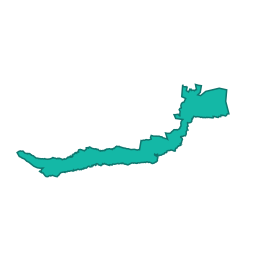 Gatanga, Central, Kenya (Robinson projection), rotated 314°
{"feature_id": "3690345B38957853356973", "entity_name": "Gatanga", "entity_type": "district", "adm_level": 2, "iso_a3": "KEN", "parent_name": "Kenya", "parent_adm1": "Central", "projection": "robinson", "projection_center": [37.015, -0.887], "detail": "fine", "context": "isolated", "style": "filled", "palette": "teal", "viewbox_px": 256, "rotation_deg": 314, "n_neighbors": 0, "source": "geoboundaries", "source_scale": "gbopen_adm2", "svg_char_len": 5867}
<svg xmlns="http://www.w3.org/2000/svg" viewBox="0 0 256 256"><g transform="rotate(314 128 128)"><path d="M73.9,107.4L73.5,107.4L73.4,107.6L73.2,107.6L72.9,107.1L72.0,107.4L70.8,106.7L70.2,107.0L69.7,106.8L69.4,107.4L69.5,107.7L69.2,107.9L68.4,107.9L67.8,107.5L67.9,107.2L67.4,107.2L67.2,107.0L67.6,106.5L67.4,106.4L67.5,106.1L66.9,106.3L66.3,105.7L65.7,105.9L65.3,105.1L65.0,105.0L64.6,105.3L64.2,105.0L62.7,104.9L61.6,104.3L61.6,103.6L59.9,103.0L59.5,102.6L59.7,102.3L58.6,99.7L58.1,99.2L57.8,99.4L57.3,98.4L56.6,98.3L56.2,97.9L55.9,96.8L55.5,96.5L54.8,94.9L54.5,94.9L54.2,94.2L53.3,94.3L50.5,92.7L50.2,92.1L49.4,91.7L48.7,90.5L48.2,90.1L48.2,89.4L47.0,88.7L46.4,87.7L45.4,86.9L44.8,85.8L43.9,85.0L43.8,84.3L42.6,82.9L42.4,82.4L42.5,81.7L42.2,80.8L42.3,79.4L41.4,77.6L41.6,77.2L41.3,76.5L41.4,75.8L41.2,74.9L40.8,74.7L40.4,74.0L39.7,73.7L39.8,73.3L39.2,72.8L38.3,71.2L38.3,69.8L38.5,69.2L38.4,68.4L37.5,67.8L36.7,66.5L35.5,65.8L33.3,65.3L32.0,69.6L32.6,71.2L32.8,72.6L33.8,75.1L33.8,78.3L34.5,80.3L35.1,86.8L36.4,90.4L38.1,92.8L40.1,94.7L37.8,94.7L37.2,95.0L36.6,95.8L35.7,94.5L35.4,94.5L35.8,96.9L36.6,98.1L36.1,101.6L36.2,102.8L36.4,103.1L37.4,104.2L38.9,104.5L39.8,105.0L39.8,105.7L41.5,106.5L42.7,109.2L43.8,110.9L44.9,110.7L45.6,111.0L47.4,110.7L49.2,110.7L51.4,112.1L52.3,113.5L52.7,113.1L54.2,114.6L55.1,114.7L56.2,115.9L57.9,116.8L58.7,118.2L59.0,118.3L59.8,117.9L59.6,118.8L60.8,119.0L61.3,119.5L61.4,120.0L62.1,119.8L63.2,120.7L63.7,120.6L64.4,122.2L65.6,122.8L65.7,123.4L66.9,123.5L67.1,124.0L67.9,124.6L68.2,124.6L68.5,124.2L70.4,126.0L72.3,125.9L73.2,126.3L73.6,127.0L73.4,127.3L73.5,127.5L74.3,128.4L74.8,128.4L75.2,128.8L75.5,128.2L76.1,128.1L76.6,129.1L77.0,129.2L77.3,128.8L78.0,129.1L78.7,129.7L78.7,130.7L79.3,130.7L80.2,130.0L80.7,130.3L81.2,131.3L80.9,132.2L81.3,132.7L81.4,133.2L81.9,133.7L82.1,134.7L83.5,134.8L84.3,135.2L84.7,134.7L84.9,135.3L86.0,135.6L86.2,135.8L86.0,136.4L86.1,136.7L86.9,137.4L87.0,138.4L87.5,139.0L87.6,139.7L88.3,140.1L88.4,140.7L89.0,140.4L89.9,141.5L90.0,141.9L90.3,142.3L91.5,142.1L92.7,143.6L95.6,145.4L95.8,146.3L97.8,147.5L98.1,148.4L98.7,148.2L98.9,148.4L99.5,149.4L99.4,150.2L100.0,151.1L100.6,151.7L100.6,152.1L101.4,153.6L105.7,155.1L106.5,156.4L107.1,156.6L108.5,158.7L109.1,159.2L109.8,159.2L110.9,160.6L112.3,161.4L114.0,163.1L114.8,163.6L115.5,164.7L116.4,164.8L116.9,165.3L117.2,165.6L117.4,166.6L118.2,167.0L119.1,169.1L119.1,169.7L119.6,170.4L121.3,171.3L122.6,171.4L122.9,171.8L124.8,171.9L125.6,171.2L125.8,170.7L126.8,170.4L127.6,169.8L127.5,169.2L127.8,168.8L127.1,166.4L127.3,165.6L127.8,165.4L127.8,166.2L128.7,167.3L129.3,167.2L129.7,167.5L129.1,168.3L129.2,169.4L129.3,169.5L130.2,169.5L131.6,170.8L132.8,171.0L134.6,172.0L135.7,171.6L137.1,172.8L137.3,172.8L138.0,172.0L139.6,172.5L140.8,173.7L142.1,174.2L143.2,176.3L143.4,177.1L144.1,177.9L144.5,177.9L144.9,177.1L146.0,176.8L146.5,176.4L147.6,177.1L149.4,176.6L149.8,176.9L150.4,176.8L151.4,177.6L152.4,177.9L152.9,176.7L153.6,177.3L153.7,176.8L154.0,176.6L155.1,176.4L156.0,175.7L157.6,175.1L158.0,174.3L158.1,173.4L158.4,172.9L157.9,172.7L157.9,172.4L158.4,171.9L159.3,172.4L160.1,173.3L161.2,173.5L162.3,174.7L162.6,174.6L164.2,174.0L165.7,172.4L166.4,172.3L167.3,171.9L167.8,172.0L168.2,172.4L168.9,170.6L170.0,169.8L170.8,169.7L171.2,169.9L171.7,168.7L172.6,167.9L172.9,167.2L173.2,167.1L173.5,167.8L175.1,169.0L175.9,169.3L176.9,169.3L178.0,168.4L178.6,168.2L178.8,167.8L179.3,168.0L179.6,167.6L180.0,167.8L182.0,167.2L183.0,168.8L183.0,169.1L184.3,169.9L185.7,171.7L186.1,172.9L187.1,173.5L187.5,174.8L188.5,175.3L188.7,175.9L189.6,176.9L190.2,177.0L190.7,177.9L191.1,178.0L194.3,182.1L194.6,182.2L195.5,181.3L195.7,181.9L196.4,182.2L196.6,183.0L197.4,183.7L197.4,184.4L198.3,185.6L198.7,185.6L199.4,185.3L200.6,186.8L201.9,186.0L202.5,187.2L203.0,187.3L204.5,189.9L205.6,190.0L207.1,189.6L208.3,190.7L215.0,179.8L224.0,172.5L220.0,166.0L208.3,158.5L201.8,157.8L200.3,155.1L203.8,155.2L209.4,151.4L207.7,149.1L206.2,146.3L203.2,150.6L202.5,150.1L201.8,150.1L201.4,149.7L201.0,149.9L200.6,148.8L199.6,147.7L199.0,147.5L199.0,147.0L199.3,147.0L199.7,146.4L199.2,146.1L199.0,145.5L196.0,146.5L195.4,144.0L198.4,142.2L198.0,141.7L198.1,141.0L197.7,140.9L196.5,139.5L196.5,139.0L196.2,138.6L196.8,137.8L196.6,137.7L187.9,144.9L189.3,149.0L185.5,150.3L184.2,149.5L182.8,149.5L181.1,150.3L180.4,151.0L179.7,152.2L179.4,152.4L178.2,151.8L176.7,152.1L176.1,154.1L174.2,155.4L172.8,156.9L172.6,156.7L172.5,156.0L172.8,155.5L172.8,154.6L170.7,153.0L169.6,151.9L168.0,155.7L172.2,161.5L169.8,161.7L168.1,162.7L166.9,164.1L165.8,164.9L164.6,164.9L164.0,165.4L163.4,165.6L160.8,164.8L160.5,164.0L160.0,163.7L159.2,162.7L158.5,162.2L157.5,162.3L155.4,162.0L154.6,162.2L153.4,161.9L151.5,160.1L150.5,158.5L147.4,164.1L147.2,163.0L146.2,162.0L145.9,161.0L145.2,160.0L145.2,158.6L144.2,157.3L143.8,156.2L139.8,151.9L138.8,149.9L136.8,150.8L136.5,151.9L136.1,152.4L135.9,152.3L133.6,151.0L132.2,149.1L130.6,148.4L129.8,147.4L128.6,146.9L128.1,146.1L120.4,151.4L119.6,150.4L118.7,150.2L117.1,147.4L114.5,145.1L113.2,142.5L112.2,141.5L111.5,139.9L110.3,138.4L110.3,137.9L109.7,137.2L109.3,136.0L108.8,135.4L108.6,134.3L108.0,134.0L107.0,132.6L106.8,132.8L106.0,132.2L103.7,132.3L103.4,131.7L101.6,131.6L101.8,130.9L100.8,130.4L100.4,129.2L98.7,128.0L98.4,127.5L98.0,127.3L97.9,127.5L97.6,127.4L96.7,126.8L96.4,127.0L96.0,126.7L95.9,127.0L95.5,126.9L94.3,125.5L94.0,125.6L93.4,124.9L93.0,124.7L92.9,124.1L92.3,124.2L91.7,122.6L91.8,121.2L91.0,120.7L91.1,120.3L90.9,119.8L90.6,119.8L90.5,119.1L89.8,118.6L89.1,117.5L88.1,115.7L88.1,114.6L87.5,113.4L86.6,113.3L86.0,113.7L85.7,113.0L85.9,112.7L84.8,111.7L84.3,112.3L83.8,112.5L83.7,112.8L81.3,112.5L81.3,111.8L80.6,111.4L80.2,109.8L79.6,109.2L79.4,108.5L77.9,107.7L76.7,108.4L76.4,109.1L76.1,109.0L75.8,108.4L74.7,108.1L74.2,108.5L73.9,107.4Z" fill="#14b8a6" stroke="#0f766e" stroke-width="1.5"/></g></svg>